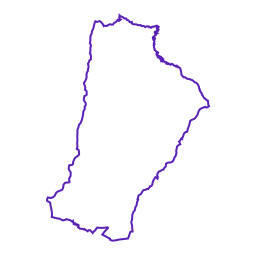 the district of Tabio, Cundinamarca, Colombia
{"feature_id": "7082276B43625125336018", "entity_name": "Tabio", "entity_type": "district", "adm_level": 2, "iso_a3": "COL", "parent_name": "Colombia", "parent_adm1": "Cundinamarca", "projection": "natural_earth1", "projection_center": [-74.079, 4.952], "detail": "fine", "context": "isolated", "style": "outline", "palette": "violet", "viewbox_px": 256, "rotation_deg": 0, "n_neighbors": 0, "source": "geoboundaries", "source_scale": "gbopen_adm2", "svg_char_len": 5682}
<svg xmlns="http://www.w3.org/2000/svg" viewBox="0 0 256 256"><path d="M51.8,217.0L57.8,218.5L59.3,218.6L62.4,220.2L63.0,220.4L65.6,219.7L66.1,219.2L70.1,220.1L72.4,221.8L73.0,221.0L73.2,221.7L73.2,222.5L73.8,223.0L73.7,224.0L74.7,224.4L74.8,224.0L75.1,224.1L75.3,223.5L76.0,224.0L76.9,225.2L77.6,224.5L78.4,224.9L78.4,225.6L78.7,226.0L78.1,227.3L79.0,228.0L79.8,228.3L80.2,228.8L82.7,228.9L84.0,229.6L84.5,229.1L87.6,231.3L88.7,230.2L90.2,230.2L91.5,231.8L92.2,232.3L92.7,233.0L94.1,231.2L95.4,230.3L95.7,229.4L97.2,227.6L102.1,227.9L107.7,227.4L108.0,228.0L104.5,231.7L102.3,234.6L110.0,238.7L109.9,239.6L111.9,240.6L113.8,240.6L117.5,240.0L118.7,239.6L128.0,238.5L128.2,237.9L128.7,236.9L130.3,231.9L130.9,231.6L132.5,231.6L132.6,231.3L132.2,228.2L132.1,225.6L131.5,223.6L131.3,221.9L132.1,219.4L132.3,215.1L133.4,211.9L134.8,210.3L135.4,207.3L136.8,204.9L136.7,204.2L137.1,202.0L138.1,199.8L136.7,199.1L137.2,199.2L137.9,198.5L138.0,197.5L138.5,195.5L141.0,194.0L143.0,190.5L144.0,190.0L145.3,189.9L146.7,189.0L148.1,189.1L148.5,188.3L149.2,187.9L150.1,186.2L150.9,186.2L151.5,185.9L152.3,184.5L152.7,182.2L153.6,179.9L155.4,177.1L156.8,177.9L157.5,178.8L157.7,178.6L157.8,176.8L157.3,175.5L157.2,174.7L157.4,173.9L157.9,173.3L158.5,171.8L159.3,171.3L160.5,171.0L162.2,169.8L163.0,169.8L163.5,169.4L164.3,168.0L165.7,166.5L165.9,165.7L166.0,164.1L166.3,163.5L167.9,162.7L169.1,162.5L170.0,162.6L171.3,162.2L172.3,161.6L173.2,160.8L173.9,159.3L174.1,158.2L175.8,155.6L176.4,152.7L176.2,150.4L176.7,148.8L177.0,146.5L178.0,145.5L179.4,144.6L180.3,144.3L179.1,141.6L179.5,141.4L181.3,138.5L182.2,139.0L182.3,137.9L183.2,136.1L183.9,133.8L184.2,133.3L185.5,132.1L187.0,131.9L187.3,131.4L187.4,130.8L187.4,130.1L189.3,124.8L190.1,121.1L190.8,120.6L191.1,120.2L194.3,118.8L195.4,117.8L197.2,115.2L197.9,113.7L198.6,111.2L200.0,109.2L201.3,108.4L205.2,106.8L206.4,107.5L206.9,107.5L209.0,106.2L208.3,104.6L207.9,100.6L206.9,100.3L205.9,99.6L205.5,98.8L204.4,98.3L203.6,97.3L202.4,95.0L201.9,94.7L201.7,93.3L201.5,92.8L200.9,92.5L200.4,91.2L200.0,91.0L199.7,90.2L199.8,89.5L199.4,89.2L199.4,88.7L199.0,88.0L199.1,87.2L199.0,86.8L197.4,83.8L196.2,82.8L194.8,82.3L194.8,82.1L191.9,79.9L190.8,79.8L189.9,79.1L186.9,78.7L185.0,77.2L183.6,77.3L181.4,74.7L181.3,73.1L180.7,70.0L180.1,68.2L178.7,67.2L177.8,67.2L177.8,66.5L177.3,66.3L176.7,65.6L176.4,65.7L176.8,66.5L176.0,66.6L175.2,65.8L173.9,65.5L172.5,64.0L171.8,63.8L170.9,64.7L170.2,64.7L169.8,64.5L169.4,63.8L168.7,63.5L168.8,63.8L168.1,64.1L167.2,63.6L166.6,63.8L166.1,62.3L165.3,62.5L164.8,61.7L163.4,61.5L163.3,60.1L162.6,60.9L162.3,60.9L162.2,60.5L161.9,60.6L161.8,61.1L161.3,60.8L161.1,60.9L161.1,60.4L161.3,60.2L161.8,60.2L162.0,59.5L162.4,58.8L162.3,58.2L161.9,58.2L161.9,58.8L161.3,58.8L161.1,59.5L160.8,59.5L160.3,59.1L160.7,58.6L160.7,58.0L161.3,57.9L161.5,57.7L161.3,57.1L160.1,56.5L160.0,57.4L159.7,57.7L158.9,57.8L158.1,57.5L157.5,56.8L157.4,55.7L158.0,55.6L156.8,55.1L156.5,54.6L156.5,53.4L157.2,52.4L157.6,52.8L157.7,53.5L158.2,52.7L157.8,52.2L157.3,52.1L156.1,51.4L155.4,50.4L154.8,50.2L154.5,49.8L154.5,48.4L154.0,47.7L153.9,47.0L154.1,45.9L153.6,45.3L153.7,44.9L154.5,44.2L153.9,43.7L153.8,43.3L154.0,42.5L154.4,42.0L154.3,40.7L153.3,39.8L153.1,38.7L152.8,37.9L153.0,37.1L153.4,37.0L153.6,38.1L154.3,38.9L154.8,39.1L155.1,38.6L154.4,37.2L154.4,35.9L155.8,35.0L155.7,34.5L156.1,34.0L156.9,33.6L156.6,33.5L155.8,33.9L155.2,33.6L154.7,32.4L154.9,31.8L155.7,31.7L156.1,32.2L156.4,31.2L156.6,30.9L157.3,31.1L157.4,31.3L157.6,31.5L158.4,29.9L158.5,29.7L157.8,29.5L157.6,29.1L156.9,28.8L156.7,28.0L157.1,27.5L158.2,27.8L158.7,26.9L157.0,25.7L156.2,25.8L156.0,26.2L155.3,26.1L153.7,26.8L152.5,26.6L152.0,26.8L151.5,27.6L150.9,27.3L150.5,27.6L149.9,27.3L149.0,27.3L148.7,26.9L148.7,26.4L148.4,26.3L146.7,26.3L145.3,27.2L144.0,26.1L143.4,25.9L142.4,26.2L142.0,25.9L141.2,25.8L140.8,25.1L138.5,25.2L136.4,24.4L133.2,24.2L132.4,23.9L132.0,23.5L131.9,22.0L130.6,22.4L130.2,22.0L129.6,22.0L129.2,21.1L128.3,20.3L127.1,20.1L126.8,19.4L126.2,19.0L125.9,18.4L124.1,18.4L123.1,17.3L120.4,16.1L119.6,15.4L119.6,16.0L119.4,16.6L119.7,18.0L119.3,17.9L119.3,18.9L119.6,19.3L120.6,19.6L119.1,20.9L118.4,20.9L117.5,20.0L116.2,21.7L115.6,21.9L115.0,22.6L114.0,23.0L112.9,24.6L111.7,24.7L110.0,24.2L107.8,25.2L107.1,25.9L106.4,26.0L104.6,25.7L103.8,26.2L102.8,24.1L100.7,21.7L99.3,21.1L97.4,21.9L96.8,21.9L95.6,21.2L95.3,21.4L94.7,22.7L94.0,25.5L93.7,26.4L93.6,27.2L93.2,29.1L92.2,30.4L91.6,33.8L90.5,35.8L90.3,41.0L89.9,43.2L90.9,45.1L90.8,46.6L90.4,47.5L90.4,51.3L89.9,53.3L90.4,53.7L90.4,54.4L91.0,56.1L91.0,56.8L90.8,57.8L91.0,59.2L89.5,60.3L88.8,62.4L88.0,63.5L88.1,64.5L88.4,65.1L88.5,67.5L87.9,69.4L87.9,71.0L87.3,71.8L86.5,74.0L86.6,77.2L86.4,78.4L85.3,80.9L83.9,82.9L84.0,83.6L84.6,85.1L85.3,87.5L85.0,89.8L86.3,90.7L86.7,92.0L86.6,94.9L85.0,95.9L84.3,96.2L83.8,99.2L83.9,99.9L84.4,101.2L85.5,102.8L85.8,103.8L85.8,104.6L85.6,105.4L84.6,106.8L84.8,108.9L83.3,111.6L83.2,113.3L83.0,114.1L83.0,114.9L82.0,119.5L80.7,122.8L80.2,123.5L79.1,124.6L78.2,127.9L77.5,129.6L77.3,136.8L77.4,139.5L77.2,143.6L77.4,146.7L76.7,148.8L77.0,149.3L78.4,149.6L78.6,150.0L79.0,151.7L79.1,154.5L78.4,155.4L75.4,157.6L74.3,159.0L73.0,162.6L73.1,163.7L72.8,164.4L72.4,164.7L71.5,165.0L69.4,165.2L69.1,165.8L68.7,168.1L68.8,169.5L69.4,170.4L70.2,171.4L70.7,172.5L70.6,175.9L69.2,178.4L69.1,179.1L69.1,180.0L69.6,181.5L69.5,182.1L69.3,182.3L68.4,182.5L66.1,182.5L64.9,183.0L63.5,184.6L63.3,187.0L62.3,189.7L61.1,190.3L58.7,191.1L56.7,192.2L55.8,193.5L54.7,195.8L53.2,197.1L50.9,198.0L47.8,197.5L47.0,199.8L47.0,200.5L47.5,201.2L49.6,202.2L50.2,202.8L50.6,205.9L51.3,208.6L51.7,211.3L52.0,214.3L51.8,217.0Z" fill="none" stroke="#5b21b6" stroke-width="2"/></svg>